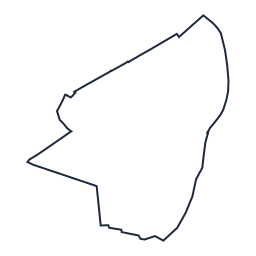 Banjul South, Gambia (orthographic projection)
{"feature_id": "56634734B29168541437208", "entity_name": "Banjul South", "entity_type": "district", "adm_level": 2, "iso_a3": "GMB", "parent_name": "Gambia", "parent_adm1": "", "projection": "orthographic", "projection_center": [-16.577, 13.449], "detail": "fine", "context": "isolated", "style": "outline", "palette": "slate", "viewbox_px": 256, "rotation_deg": 0, "n_neighbors": 0, "source": "geoboundaries", "source_scale": "gbopen_adm2", "svg_char_len": 1189}
<svg xmlns="http://www.w3.org/2000/svg" viewBox="0 0 256 256"><path d="M57.0,111.0L57.1,111.4L58.2,114.8L59.7,119.8L63.0,123.1L67.1,128.1L70.0,130.5L71.3,131.3L71.0,131.5L38.0,154.3L29.3,159.6L27.5,162.0L29.5,163.0L33.3,164.8L96.6,186.1L96.7,186.5L100.7,225.5L108.2,225.2L109.3,227.8L121.3,229.7L121.7,232.1L138.6,235.5L140.5,238.8L144.5,239.5L155.0,236.1L163.4,240.6L175.5,229.4L177.2,227.9L185.6,212.9L192.4,196.4L196.1,179.2L202.3,167.7L203.7,155.2L205.4,142.4L208.1,132.6L207.4,132.6L210.2,127.7L213.6,123.7L220.1,115.4L223.1,110.1L226.3,100.2L228.1,91.4L228.5,80.9L227.3,66.4L226.3,58.9L225.0,50.1L220.9,33.3L217.4,28.0L213.2,23.4L207.2,18.5L203.3,15.4L202.4,16.2L196.1,21.8L193.9,23.7L179.7,36.4L179.0,37.0L178.8,36.7L178.7,36.5L177.2,34.4L176.8,33.9L150.2,49.5L139.4,55.6L135.9,57.7L132.7,59.5L129.9,61.1L129.2,61.8L128.8,62.1L128.4,61.9L127.9,61.5L125.9,62.9L112.0,70.6L110.9,71.1L110.7,70.9L109.9,71.7L104.8,74.5L98.7,77.9L90.2,82.7L86.7,84.6L74.2,91.8L75.3,92.8L74.3,93.9L73.6,94.6L73.0,95.4L72.5,95.9L71.7,96.5L70.7,97.4L69.9,97.0L68.6,96.3L67.8,95.9L67.0,95.5L67.0,95.2L65.1,94.7L64.3,96.6L63.0,99.7L58.1,109.2L57.0,111.0Z" fill="none" stroke="#1e293b" stroke-width="2"/></svg>